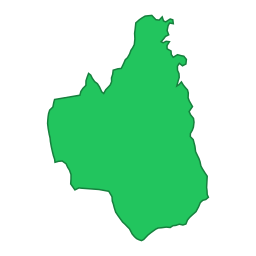 Serra Azul, São Paulo, Brazil (Equal Earth projection)
{"feature_id": "56859067B84170485287144", "entity_name": "Serra Azul", "entity_type": "district", "adm_level": 2, "iso_a3": "BRA", "parent_name": "Brazil", "parent_adm1": "São Paulo", "projection": "equal_earth", "projection_center": [-47.543, -21.307], "detail": "fine", "context": "isolated", "style": "filled", "palette": "green", "viewbox_px": 256, "rotation_deg": 0, "n_neighbors": 0, "source": "geoboundaries", "source_scale": "gbopen_adm2", "svg_char_len": 2142}
<svg xmlns="http://www.w3.org/2000/svg" viewBox="0 0 256 256"><path d="M151.8,15.4L148.7,15.7L145.1,16.1L141.9,18.0L139.3,19.8L135.8,22.9L135.2,28.8L134.6,33.3L134.9,38.8L134.3,44.6L132.6,47.9L131.0,50.2L129.6,54.0L127.5,57.7L125.3,59.7L123.8,63.2L121.3,68.4L117.8,68.8L113.2,70.2L112.7,74.3L111.5,77.9L111.6,81.7L110.2,85.0L108.4,87.0L105.7,89.8L103.7,93.5L101.7,91.8L99.5,87.0L97.4,83.7L94.6,81.6L92.3,78.3L90.7,75.1L88.6,73.4L87.2,77.1L86.0,80.8L85.9,85.4L82.9,88.4L80.9,91.4L79.9,95.2L54.6,99.5L53.8,102.3L52.9,107.0L49.7,110.1L48.6,113.5L48.1,116.8L47.8,120.1L47.6,123.5L48.2,128.5L49.2,134.2L50.1,138.1L50.4,141.4L51.3,146.6L52.4,151.5L53.4,155.6L54.6,159.2L55.0,162.3L58.6,161.3L62.2,161.0L66.1,163.8L67.7,167.3L69.5,170.2L71.0,174.5L71.0,179.1L70.7,183.9L72.8,186.9L74.9,189.9L78.9,187.9L81.6,188.2L99.1,189.5L108.8,191.3L112.0,196.7L112.3,201.1L113.3,203.9L114.3,207.8L115.7,212.2L118.2,215.9L120.0,218.4L122.6,222.0L125.2,224.4L127.2,226.5L129.5,228.8L132.2,234.0L134.4,236.6L136.6,238.6L139.1,239.8L141.5,240.6L143.7,239.5L145.5,237.6L148.0,235.0L150.7,232.8L153.6,230.7L155.7,229.2L158.2,228.0L161.9,227.7L166.2,227.1L170.2,227.5L172.9,225.7L175.8,225.4L179.3,224.2L182.9,225.0L185.9,224.0L187.5,220.0L189.6,217.4L192.3,214.9L196.0,211.6L198.6,206.7L200.3,202.6L202.8,200.3L205.8,199.5L208.4,197.3L207.2,194.6L207.0,190.6L206.6,187.5L207.2,176.2L204.9,172.8L202.4,168.8L200.9,166.0L200.0,161.7L198.9,158.5L197.6,155.9L195.6,151.7L194.9,146.2L193.2,139.6L190.3,136.6L190.4,133.5L192.3,130.2L193.4,127.2L194.0,122.2L193.5,118.4L190.6,114.8L189.1,111.6L190.6,109.3L192.5,106.6L189.3,101.0L188.1,97.8L188.3,93.0L187.5,90.0L185.2,87.4L183.2,84.9L181.4,81.9L179.1,84.6L176.8,86.0L178.1,81.0L179.2,77.5L179.0,73.7L177.5,70.3L177.4,66.2L179.3,63.3L182.5,65.8L185.9,64.0L186.4,59.4L183.8,56.2L180.9,55.6L177.5,54.7L173.2,57.3L171.3,54.5L171.0,51.0L167.1,48.8L167.0,45.6L169.4,41.7L166.1,41.3L163.2,42.8L161.1,41.7L163.6,38.9L165.5,36.4L168.7,34.8L167.1,30.6L168.1,25.6L169.6,23.0L173.3,23.7L172.8,19.8L170.2,19.0L165.7,21.9L163.5,20.9L162.2,16.9L159.2,20.1L155.9,19.7L151.8,15.4Z" fill="#22c55e" stroke="#15803d" stroke-width="1.5"/></svg>